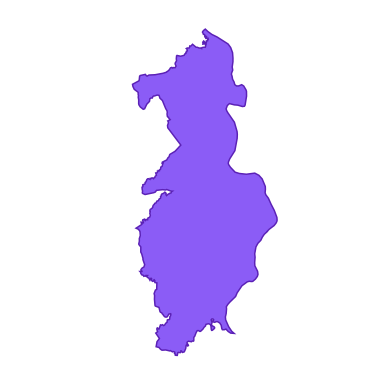 outline of Ambalema, Tolima, Colombia, rotated 341°
{"feature_id": "7082276B77811687937909", "entity_name": "Ambalema", "entity_type": "district", "adm_level": 2, "iso_a3": "COL", "parent_name": "Colombia", "parent_adm1": "Tolima", "projection": "natural_earth1", "projection_center": [-74.819, 4.832], "detail": "fine", "context": "isolated", "style": "filled", "palette": "violet", "viewbox_px": 384, "rotation_deg": 341, "n_neighbors": 0, "source": "geoboundaries", "source_scale": "gbopen_adm2", "svg_char_len": 6040}
<svg xmlns="http://www.w3.org/2000/svg" viewBox="0 0 384 384"><g transform="rotate(341 192 192)"><path d="M257.6,42.3L255.6,43.0L254.2,43.9L253.9,44.5L254.2,45.8L254.1,46.7L254.9,47.0L255.2,47.6L254.7,48.9L254.7,49.7L255.1,49.8L255.5,49.0L255.8,49.0L256.4,50.3L256.2,50.6L255.2,50.7L255.1,51.2L256.0,51.4L256.4,52.2L257.2,52.0L257.1,53.0L256.4,53.2L256.0,54.1L254.8,53.8L254.1,55.7L253.7,56.0L252.2,53.0L250.9,53.9L250.9,54.7L250.4,55.7L251.5,55.9L251.6,55.2L252.1,54.8L253.4,56.9L253.2,57.2L252.6,57.1L252.5,58.4L251.6,59.5L250.5,59.0L248.5,58.7L248.1,58.8L247.8,59.5L246.8,58.5L245.7,58.3L244.2,56.9L243.0,56.5L240.6,52.5L238.5,53.6L237.4,53.2L236.7,54.6L236.2,54.9L234.3,54.3L233.3,54.5L233.8,55.4L233.6,56.9L232.7,57.1L232.6,57.7L231.7,57.9L231.3,59.0L230.4,59.0L229.0,60.2L225.4,59.9L222.3,58.0L221.7,58.3L220.5,61.0L220.1,62.9L218.0,64.7L217.7,66.0L217.9,66.9L217.8,67.9L216.4,69.0L215.0,68.3L214.2,68.6L213.5,67.6L212.7,67.8L212.1,67.6L210.4,69.0L207.9,70.1L207.5,70.0L206.7,70.4L203.2,70.3L195.3,69.1L189.4,67.4L187.3,67.8L186.7,67.2L186.2,65.6L181.0,65.0L180.2,65.4L178.6,68.8L178.0,69.6L170.8,70.8L170.5,73.0L170.8,76.1L173.3,79.8L173.5,80.5L172.9,82.0L172.8,83.2L172.0,84.9L171.6,87.5L170.3,91.2L170.2,92.3L170.8,94.8L172.8,97.9L174.3,97.9L177.8,94.3L181.3,92.5L182.6,90.0L183.8,89.8L185.1,90.2L186.1,89.0L186.9,88.7L187.8,89.0L190.6,89.0L192.3,89.9L192.2,92.8L193.8,95.9L194.3,104.7L194.8,106.9L194.6,108.5L193.8,110.1L193.3,112.5L193.5,113.2L194.1,113.7L194.1,114.5L194.9,116.5L192.2,116.9L192.5,118.0L191.8,119.5L190.5,121.1L190.0,123.4L196.7,144.0L189.2,148.0L183.5,149.2L183.0,149.5L181.8,151.2L180.4,151.8L178.5,153.5L173.7,154.1L173.3,154.7L174.4,154.6L174.5,154.9L173.5,155.9L172.0,158.1L170.6,158.3L169.6,160.3L168.5,160.5L168.1,161.3L167.0,160.7L166.6,161.3L166.1,161.1L165.9,161.9L165.2,162.5L163.9,162.2L163.8,164.6L162.2,165.2L161.6,166.2L160.7,166.2L160.0,166.9L159.0,165.7L158.5,165.6L157.7,166.0L157.0,165.5L156.4,166.4L155.1,165.2L154.3,165.1L153.3,165.6L151.9,167.3L150.8,167.7L150.6,168.5L149.8,169.2L147.9,169.1L147.2,171.0L146.3,171.2L145.7,173.6L145.6,175.0L144.7,176.7L145.0,177.4L146.8,179.1L155.6,180.2L157.3,180.1L159.0,178.9L164.9,180.2L167.7,181.5L168.9,181.4L172.4,184.3L173.6,184.8L172.8,185.0L171.8,186.1L170.8,185.9L170.3,186.2L169.0,186.2L166.8,187.1L166.5,186.0L167.1,184.8L166.3,183.3L164.6,184.0L163.0,184.0L162.1,184.6L161.7,185.6L160.8,185.9L160.5,187.2L160.1,187.7L158.7,187.9L157.4,189.2L155.8,189.2L154.4,190.6L153.0,190.6L152.2,191.5L151.4,191.7L150.3,192.7L150.1,193.5L148.8,194.4L146.8,194.9L145.9,196.3L146.2,196.7L146.0,197.3L145.2,198.3L145.0,200.5L143.8,202.0L141.8,202.3L141.0,203.8L139.9,203.1L138.5,203.9L138.3,203.7L138.6,202.6L138.4,202.2L136.4,202.3L136.0,202.9L136.2,204.8L136.0,205.3L135.3,205.1L134.1,203.9L133.8,204.7L134.3,205.8L134.0,206.3L127.3,208.0L129.0,209.6L129.8,211.4L129.9,212.7L128.9,216.4L127.0,218.9L126.2,221.4L124.8,223.7L124.7,224.5L125.7,227.3L124.0,232.1L124.3,234.1L124.0,238.8L123.6,240.0L123.6,245.2L122.2,247.2L120.0,247.7L118.5,248.7L118.2,249.7L118.8,250.2L118.8,250.8L116.9,250.2L117.3,251.1L117.1,252.6L117.5,253.3L117.5,253.9L118.8,254.9L119.0,256.0L119.7,255.9L120.3,256.4L121.2,255.9L122.7,256.5L121.6,257.2L122.3,258.6L123.1,259.2L123.5,261.7L124.9,260.2L125.5,260.4L125.6,260.7L125.0,261.9L125.2,263.0L125.7,263.7L126.5,263.7L127.2,262.8L127.7,262.7L128.0,263.8L127.5,265.0L127.5,265.6L129.2,266.5L126.9,272.6L125.5,272.8L123.1,275.7L122.9,277.8L121.6,281.1L120.1,287.2L120.2,287.9L123.2,290.4L122.8,294.7L123.0,295.3L124.1,296.5L124.2,297.5L124.8,298.5L124.8,299.2L125.5,301.0L126.7,301.9L128.1,301.9L130.3,299.9L132.8,300.2L132.3,300.4L131.5,302.0L130.6,302.6L129.4,305.0L129.2,305.2L127.1,304.9L125.9,307.1L124.3,307.6L123.1,308.7L121.8,309.1L120.8,307.8L119.7,308.0L118.9,307.4L116.2,310.8L115.6,310.6L115.2,309.3L114.5,309.4L114.0,310.7L114.0,312.9L111.8,313.6L113.5,319.9L110.2,322.1L107.7,326.6L110.2,328.3L111.0,330.4L112.1,331.8L115.7,332.8L119.2,335.0L119.8,334.9L121.5,336.8L122.2,336.7L123.4,337.5L123.6,337.9L122.9,338.9L123.5,339.9L123.0,340.6L123.4,341.1L124.9,341.7L126.3,339.3L126.8,339.2L128.6,340.1L129.2,339.8L129.8,338.6L130.2,338.8L130.8,340.6L132.7,340.6L135.0,338.1L136.6,335.0L137.2,334.8L137.8,336.2L138.6,336.0L138.6,334.9L138.0,333.1L138.7,332.3L140.0,331.9L142.7,333.4L143.9,333.0L144.9,333.5L145.4,332.9L146.4,330.0L147.5,329.4L150.2,326.2L151.8,324.8L152.9,325.1L154.1,326.4L154.8,326.5L157.7,325.2L159.3,323.9L161.1,323.1L162.1,321.7L164.6,321.9L165.7,322.7L166.2,323.5L166.3,324.7L165.5,328.2L165.5,329.2L166.2,329.4L168.4,328.5L169.2,327.9L169.2,327.1L168.8,326.3L167.6,325.2L167.2,323.8L168.5,321.8L168.5,319.1L169.5,318.5L170.5,318.9L170.9,319.8L170.5,320.4L169.6,320.6L169.7,321.7L171.0,322.6L172.7,322.5L173.9,322.9L175.6,324.9L176.2,327.5L175.7,330.9L175.9,332.1L177.5,332.7L179.5,332.7L180.8,335.7L182.6,338.0L185.8,339.4L184.2,336.6L182.8,331.2L182.2,323.9L182.9,321.0L184.7,318.1L186.6,313.8L187.1,311.7L189.2,310.0L191.6,308.6L199.2,305.0L201.9,302.0L208.7,296.9L215.1,294.9L217.2,295.1L219.0,296.0L220.3,296.3L223.6,295.0L226.3,293.1L227.6,291.3L228.2,288.3L227.4,282.2L228.3,279.1L230.4,274.2L231.2,270.8L234.6,264.7L237.7,261.9L241.3,260.1L243.9,257.5L246.6,255.5L250.3,253.9L250.2,253.7L252.8,252.4L258.8,250.4L261.3,248.8L262.6,247.5L263.3,246.3L264.0,243.7L263.8,236.2L262.8,229.4L262.2,222.7L260.9,218.7L260.9,216.5L262.3,213.3L263.1,210.6L262.6,202.5L260.7,198.0L257.5,194.6L249.2,192.9L242.8,189.9L239.2,187.3L236.4,181.1L235.6,178.1L235.6,176.8L236.3,175.4L238.5,172.9L246.0,166.9L252.1,156.1L253.6,152.3L254.3,149.5L254.8,139.8L251.7,128.7L251.3,126.7L251.3,124.5L253.6,121.7L256.2,120.6L260.4,123.4L263.6,124.8L267.5,127.6L269.5,128.0L270.5,127.1L274.8,119.1L276.3,114.5L276.3,112.9L275.4,108.6L273.9,106.7L270.7,106.9L268.6,106.2L267.4,104.4L267.6,101.7L267.1,98.6L267.6,95.5L267.6,93.6L268.2,92.4L270.2,90.0L270.7,86.9L273.1,82.2L274.3,78.8L275.7,73.5L275.6,68.0L274.3,63.8L266.2,53.6L262.1,49.5L259.3,45.5L257.6,42.3Z" fill="#8b5cf6" stroke="#5b21b6" stroke-width="1.5"/></g></svg>